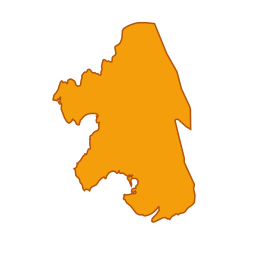 map outline of Norðurland vestra (Robinson projection), rotated 255°
{"feature_id": "ISL-697", "entity_name": "Norðurland vestra", "entity_type": "Region", "adm_level": 1, "iso_a3": "ISL", "parent_name": "Iceland", "parent_adm1": "", "projection": "robinson", "projection_center": [-19.727, 65.454], "detail": "fine", "context": "isolated", "style": "filled", "palette": "amber", "viewbox_px": 256, "rotation_deg": 255, "n_neighbors": 0, "source": "natural_earth", "source_scale": "10m", "svg_char_len": 5383}
<svg xmlns="http://www.w3.org/2000/svg" viewBox="0 0 256 256"><g transform="rotate(255 128 128)"><path d="M31.3,153.7L32.1,153.3L32.7,152.1L31.6,149.8L31.4,148.4L31.3,147.7L30.6,146.7L29.4,145.4L28.8,144.6L29.9,143.5L30.3,143.2L30.1,142.4L30.5,141.9L31.3,141.4L31.8,140.8L32.2,139.4L32.2,138.1L30.8,131.2L30.5,128.2L31.5,126.9L33.7,127.6L35.2,129.3L37.3,133.2L39.4,135.4L39.7,136.0L40.2,136.7L42.6,137.1L43.6,137.6L44.1,136.9L42.3,134.8L40.6,132.0L39.4,129.0L38.8,126.3L38.6,124.1L38.6,122.6L38.9,121.3L39.2,120.7L40.1,119.9L40.4,119.4L41.2,116.8L41.4,116.2L43.6,113.9L51.7,110.5L56.1,107.4L57.4,107.0L58.8,106.8L59.8,106.4L60.0,105.5L61.0,105.4L61.7,105.7L63.0,106.8L63.3,106.8L64.2,106.7L64.4,106.8L64.7,107.6L64.4,107.8L64.1,107.9L63.9,108.1L63.4,111.8L63.3,113.6L63.9,115.0L63.0,116.5L62.9,118.1L63.7,119.1L65.3,118.7L64.6,117.1L64.7,115.6L65.6,114.9L67.3,115.6L67.9,116.2L68.0,116.6L67.9,117.1L68.2,118.2L67.9,118.9L67.8,119.5L67.8,120.0L68.0,120.0L69.3,120.4L69.7,120.6L70.2,121.4L70.5,122.0L70.8,122.6L71.6,123.1L72.4,123.5L73.3,123.7L74.2,123.8L75.1,123.7L75.3,123.6L76.7,123.1L77.3,122.1L77.7,120.7L78.5,118.7L77.7,118.4L76.6,117.1L75.8,116.9L73.4,117.0L72.2,116.8L71.2,116.2L73.6,115.7L75.8,115.6L76.8,115.4L78.7,114.6L79.8,114.4L80.7,115.2L80.4,119.3L81.4,120.6L81.1,119.1L81.8,118.0L82.3,117.0L81.4,115.6L82.2,114.4L84.5,112.6L85.6,111.5L85.9,110.8L86.0,109.3L86.4,108.7L87.0,108.3L88.4,108.3L89.8,108.1L88.2,107.9L87.3,106.8L87.1,105.5L88.1,104.9L89.0,104.5L89.7,103.6L90.2,102.3L90.3,100.8L89.8,98.5L88.4,96.3L86.7,94.6L85.0,93.6L85.0,92.9L86.9,92.0L86.2,89.3L84.4,86.4L81.7,83.1L81.2,82.3L80.7,79.1L80.3,77.6L79.5,76.4L78.5,75.5L77.3,74.7L78.4,73.8L79.4,72.4L79.7,70.9L78.8,69.7L80.2,69.0L81.9,68.9L84.9,69.1L85.6,68.9L86.9,68.1L87.6,67.8L88.5,67.7L91.0,67.8L92.4,67.4L94.9,65.7L96.1,65.3L99.5,66.0L100.3,66.0L101.1,66.1L102.6,65.3L103.0,67.3L103.9,68.4L105.3,69.1L107.0,69.7L106.5,70.4L107.2,70.8L107.8,71.5L108.4,72.8L109.4,74.2L112.3,77.2L112.8,78.0L113.0,78.8L113.4,79.3L114.2,79.7L114.0,80.0L113.6,80.7L113.3,81.0L114.7,82.2L116.5,83.2L117.8,84.4L117.7,86.1L118.9,86.7L122.8,87.0L125.6,88.1L126.5,88.0L127.3,88.1L128.1,88.9L128.6,89.1L129.5,89.0L129.8,89.2L130.3,89.9L130.5,90.5L130.6,91.1L130.8,91.7L132.4,93.6L132.8,94.3L133.1,95.4L133.5,97.9L134.0,98.9L135.5,100.0L139.1,100.6L140.6,101.8L141.0,99.8L141.5,99.1L143.7,99.3L144.0,99.4L145.0,100.2L145.5,100.5L146.3,100.6L148.3,100.5L147.7,100.7L147.2,101.0L146.9,101.5L147.2,102.2L147.8,102.2L149.1,101.8L149.9,101.2L150.5,99.9L151.3,97.3L151.8,94.7L151.8,92.4L151.4,90.2L150.3,87.9L148.3,84.8L148.1,84.2L143.9,81.7L143.9,81.0L144.2,80.2L144.8,79.4L145.7,79.1L147.0,79.0L148.4,78.5L149.7,77.7L150.8,76.7L150.0,76.1L149.3,75.4L148.7,74.5L148.0,72.5L148.0,72.2L148.3,72.0L149.0,71.2L150.3,70.4L154.4,69.3L163.8,68.4L167.1,69.7L168.9,69.9L168.7,68.4L169.3,68.0L169.9,67.8L170.5,67.7L171.2,67.8L171.0,68.2L170.7,69.1L172.1,69.4L174.5,70.7L176.0,70.9L175.1,70.5L174.4,69.9L174.0,69.3L173.6,68.4L174.1,68.4L174.1,67.8L173.7,67.7L173.0,67.3L172.6,67.1L172.6,66.6L173.3,65.9L174.0,63.8L174.5,62.9L174.8,62.9L178.1,64.6L178.7,65.0L179.3,65.6L180.4,67.4L182.9,70.1L183.7,70.7L189.6,74.5L190.5,75.6L190.6,76.3L189.3,76.9L189.0,77.1L188.8,77.3L188.7,77.3L188.7,77.6L188.6,77.9L188.6,78.2L188.7,78.9L188.7,79.1L188.6,79.4L188.4,79.6L188.1,79.8L187.6,80.0L187.2,80.2L186.8,80.5L186.7,80.8L186.8,81.1L187.1,81.2L188.3,81.6L189.1,82.0L189.6,82.5L189.9,83.1L190.1,83.9L190.2,84.7L190.1,85.4L189.8,85.9L189.3,86.5L187.5,88.1L187.0,88.5L186.4,88.7L185.8,88.8L183.3,88.9L182.8,89.0L182.4,89.2L182.0,89.5L181.7,89.9L181.4,90.4L181.3,91.1L181.2,92.0L181.4,92.6L181.8,93.2L182.4,93.6L185.1,94.6L188.6,96.6L190.0,96.8L190.7,97.2L191.4,97.8L192.5,99.4L193.0,100.2L193.2,100.8L193.1,101.1L192.9,101.5L192.8,102.2L193.0,102.7L193.5,103.1L194.0,103.5L194.6,104.0L194.7,104.6L194.8,105.4L194.6,105.9L194.1,106.4L191.1,107.7L190.7,107.9L190.4,108.2L190.2,108.7L190.2,109.8L190.0,110.2L189.7,110.5L188.9,111.1L188.7,111.4L188.6,111.7L188.5,112.4L188.3,112.8L188.0,113.1L187.6,113.4L186.8,113.8L186.5,114.0L186.4,114.3L186.2,114.7L186.4,115.1L186.5,115.3L186.9,115.7L187.1,115.8L187.3,116.0L187.5,116.0L188.5,116.2L189.0,116.4L189.6,116.7L190.9,117.9L191.3,118.1L191.6,118.2L194.0,118.4L194.6,118.6L195.7,119.2L197.3,119.9L198.3,120.6L199.7,121.3L200.1,121.8L200.2,122.2L200.3,122.5L200.1,122.8L200.0,123.1L199.6,123.5L198.0,124.5L197.9,124.7L197.7,124.9L197.7,125.2L197.7,126.0L197.7,126.3L197.6,126.7L197.3,127.1L196.6,128.0L196.3,128.6L196.2,129.4L196.6,129.8L197.3,130.1L198.4,130.4L199.5,130.8L200.4,131.4L201.1,132.4L201.4,133.3L201.6,134.3L202.1,135.0L202.9,135.4L203.9,135.7L208.8,136.1L209.4,136.3L210.0,136.8L210.4,137.7L211.3,140.9L212.3,142.3L213.5,143.5L216.6,145.5L222.5,147.5L223.6,148.0L224.8,149.1L225.3,150.1L226.0,152.2L226.8,155.7L227.2,160.4L227.2,162.8L227.0,164.9L226.7,166.6L225.0,172.8L222.0,180.6L190.0,184.6L169.7,189.8L151.7,189.8L132.9,193.1L130.8,193.1L129.0,192.9L110.5,188.2L114.4,184.4L122.6,179.2L123.3,178.6L123.7,177.7L123.8,177.1L123.8,176.4L123.6,175.9L123.2,175.5L122.6,175.3L101.4,174.8L84.2,174.5L80.8,173.5L79.8,173.5L56.7,177.4L55.6,177.3L52.8,175.8L52.0,175.6L46.1,175.3L45.1,175.1L38.9,172.8L38.3,171.8L37.1,170.2L36.7,169.2L35.5,165.7L33.8,163.1L32.7,161.9L32.2,160.8L31.9,159.8L31.8,159.0L32.0,157.3L32.0,155.8L31.3,154.5L31.3,153.7Z" fill="#f59e0b" stroke="#b45309" stroke-width="1.5"/></g></svg>